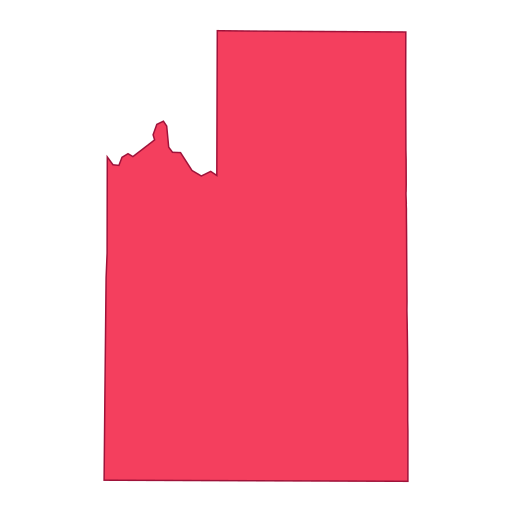 the district of Spokane, Washington, United States of America
{"feature_id": "52423323B30314962478279", "entity_name": "Spokane", "entity_type": "district", "adm_level": 2, "iso_a3": "USA", "parent_name": "United States of America", "parent_adm1": "Washington", "projection": "orthographic", "projection_center": [-117.293, 47.654], "detail": "fine", "context": "isolated", "style": "filled", "palette": "rose", "viewbox_px": 512, "rotation_deg": 0, "n_neighbors": 0, "source": "geoboundaries", "source_scale": "gbopen_adm2", "svg_char_len": 845}
<svg xmlns="http://www.w3.org/2000/svg" viewBox="0 0 512 512"><path d="M405.8,32.0L254.8,31.1L217.3,30.7L216.8,175.5L210.7,171.4L201.3,176.0L192.0,170.5L180.5,152.6L172.5,152.3L168.7,147.2L166.7,126.1L163.4,121.2L156.8,124.4L153.1,134.8L154.6,139.9L132.9,156.6L128.0,153.7L122.0,157.3L118.9,165.4L113.0,164.8L107.3,157.0L107.1,253.2L106.1,277.7L104.9,394.9L104.1,480.2L407.9,481.3L407.9,431.0L407.7,420.3L407.7,415.2L407.7,401.4L407.7,393.8L407.6,380.9L407.6,364.7L407.6,356.4L407.3,331.0L407.2,328.0L407.2,324.9L406.9,310.5L406.9,310.3L407.0,301.4L406.8,273.1L406.6,241.9L406.6,240.9L406.6,239.0L406.5,225.8L406.4,216.5L406.4,209.3L406.4,208.9L406.2,204.2L406.3,203.7L406.0,194.7L406.0,192.4L406.1,191.4L406.2,184.5L406.1,159.5L405.9,150.0L405.7,81.8L405.7,77.2L405.7,70.9L405.8,32.0Z" fill="#f43f5e" stroke="#9f1239" stroke-width="1.5"/></svg>